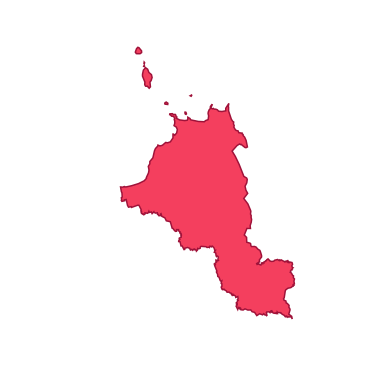 the district of Don Sak, Surat Thani, Thailand, rotated 339°
{"feature_id": "78962969B55330970869967", "entity_name": "Don Sak", "entity_type": "district", "adm_level": 2, "iso_a3": "THA", "parent_name": "Thailand", "parent_adm1": "Surat Thani", "projection": "robinson", "projection_center": [99.674, 9.232], "detail": "fine", "context": "isolated", "style": "filled", "palette": "rose", "viewbox_px": 384, "rotation_deg": 339, "n_neighbors": 0, "source": "geoboundaries", "source_scale": "gbopen_adm2", "svg_char_len": 6137}
<svg xmlns="http://www.w3.org/2000/svg" viewBox="0 0 384 384"><g transform="rotate(339 192 192)"><path d="M258.2,122.5L253.5,125.9L252.6,128.3L248.8,127.6L245.8,126.1L245.1,124.3L243.9,123.2L242.5,122.7L241.9,121.6L240.9,121.7L240.4,121.2L239.9,119.8L241.5,118.5L242.1,117.8L241.8,117.5L239.8,118.8L238.9,120.7L237.5,121.4L235.8,123.2L235.1,124.6L234.8,126.9L233.0,130.2L230.3,130.2L228.6,130.8L223.2,128.4L217.1,124.5L216.5,123.9L216.5,122.7L214.9,120.7L214.2,122.5L213.2,123.3L210.8,122.7L206.3,120.3L203.9,117.7L204.6,116.8L204.2,116.7L204.4,114.2L204.1,113.5L202.4,113.0L201.7,111.8L199.3,111.1L198.9,111.8L199.4,112.1L200.1,113.9L201.9,114.9L202.2,116.9L201.3,118.2L201.4,119.3L200.5,121.7L199.0,123.6L200.6,125.8L200.7,128.4L198.8,131.4L196.2,132.8L195.5,131.3L195.0,131.1L193.6,134.7L189.8,137.4L186.8,137.3L185.2,136.3L181.0,137.8L178.6,137.5L177.0,136.0L176.4,136.9L173.5,138.3L171.8,140.0L167.7,146.1L163.6,148.4L162.7,150.6L160.4,152.4L159.7,156.1L158.2,158.6L154.5,162.2L154.4,162.9L151.4,164.4L145.1,165.0L137.8,164.5L132.6,163.7L130.9,163.1L130.7,162.6L129.2,162.7L127.1,161.7L126.2,166.3L126.3,167.6L125.1,171.6L124.0,172.0L123.6,173.9L123.0,174.5L123.2,175.6L126.0,176.0L126.1,175.1L127.9,175.4L127.0,181.4L127.3,183.4L130.0,183.9L130.0,184.7L136.6,184.9L137.7,185.4L138.2,190.2L137.7,190.9L137.9,192.0L137.3,192.2L137.2,194.0L137.9,194.2L138.1,195.1L138.7,195.1L138.9,196.0L140.4,195.6L140.7,194.6L142.7,195.9L143.7,195.7L144.8,194.6L144.8,195.8L146.9,196.1L147.0,197.9L149.3,196.8L149.3,197.5L150.5,198.7L152.2,199.0L151.8,200.6L152.4,200.8L152.6,202.3L154.3,202.8L154.8,201.2L155.3,201.1L155.1,203.9L157.4,206.4L157.7,209.7L161.1,212.0L160.5,218.7L161.1,219.1L161.9,221.9L162.6,222.9L163.5,223.1L164.1,221.6L165.9,222.3L165.4,223.2L166.6,225.1L166.1,225.5L166.1,226.4L166.9,226.7L166.7,228.4L166.4,228.9L166.1,228.6L165.7,230.3L163.6,230.5L163.2,231.2L163.6,231.9L162.1,232.8L161.8,233.5L163.0,234.2L162.4,238.4L163.5,238.9L163.9,242.9L164.6,243.0L164.9,241.9L168.0,242.2L169.8,243.9L169.6,245.2L169.9,245.7L171.3,245.5L171.8,246.7L173.0,246.0L173.7,246.1L173.7,246.8L174.7,247.0L174.8,248.0L175.3,248.0L175.1,248.7L176.4,248.1L177.1,246.7L178.1,247.5L179.4,247.5L180.2,246.2L181.0,246.0L185.5,248.1L186.2,249.2L187.9,249.5L188.3,250.1L189.4,249.0L190.5,250.2L191.4,249.7L191.8,250.2L192.6,252.4L192.3,254.5L193.0,254.8L191.2,256.2L192.3,257.4L191.6,260.4L191.8,260.9L192.1,260.5L192.9,261.0L193.3,262.1L191.9,264.5L192.2,265.3L191.3,265.5L190.0,264.1L189.5,265.2L189.7,266.2L187.0,267.2L187.7,268.2L186.8,268.7L186.9,274.8L186.1,275.4L186.4,278.0L185.8,280.0L186.7,281.3L186.6,284.8L187.1,285.7L187.9,285.6L186.5,287.6L187.0,288.3L186.1,290.8L185.2,291.2L185.1,293.2L185.4,294.0L186.1,293.7L186.7,294.6L187.3,294.5L187.6,295.5L188.6,296.6L188.8,298.1L190.8,298.8L191.2,299.8L192.3,300.6L192.1,301.3L192.5,302.9L193.1,302.6L192.8,301.8L193.6,302.1L193.7,303.3L194.6,303.6L195.3,304.9L195.1,306.1L197.3,306.0L196.8,308.2L195.9,308.7L196.2,309.7L195.6,309.7L195.0,310.7L193.6,311.4L194.2,312.5L193.9,313.2L193.3,313.0L193.3,313.8L192.8,314.8L192.3,314.6L192.6,318.0L193.2,317.2L194.0,317.4L193.9,316.8L194.2,316.6L194.5,317.4L195.2,317.1L195.7,317.9L195.7,318.4L195.0,318.9L195.5,319.5L197.5,320.5L199.6,320.1L201.8,322.2L204.6,323.2L205.2,325.3L207.3,326.8L208.2,330.6L211.5,329.9L213.9,332.0L215.3,331.3L216.0,332.9L216.9,333.3L217.3,334.2L217.8,334.0L218.2,331.2L218.7,330.8L221.1,331.5L221.6,332.6L223.0,331.3L223.9,331.4L224.1,332.3L222.8,332.2L225.2,334.7L225.9,334.7L226.3,335.2L227.1,334.9L227.4,335.9L228.0,336.1L227.9,335.6L228.5,334.6L228.6,335.1L230.8,336.1L231.1,336.6L231.6,336.5L232.3,338.3L233.9,340.2L234.4,341.9L235.5,341.6L236.0,343.0L236.9,342.6L237.1,343.2L239.8,344.0L240.1,346.5L240.5,343.8L238.6,340.7L241.3,337.2L241.5,335.7L241.1,334.5L242.0,332.6L241.0,330.1L240.2,329.4L240.6,327.4L239.2,326.1L239.2,324.5L240.2,323.8L243.6,317.8L244.5,316.9L247.2,316.2L250.0,316.7L252.5,316.0L252.9,315.3L253.1,315.7L253.4,315.2L253.9,315.4L254.0,314.5L254.7,314.4L255.2,311.8L256.5,309.9L255.9,308.4L256.7,306.6L256.1,305.9L255.8,303.5L255.0,302.1L255.6,301.9L255.8,300.9L256.7,300.4L257.5,300.5L257.5,300.0L258.3,299.8L258.5,299.1L259.0,298.9L258.7,298.7L258.7,296.7L260.0,295.5L260.1,293.7L258.2,292.4L257.5,292.7L257.0,291.0L256.3,292.0L255.8,291.0L254.6,290.7L255.3,290.3L253.3,290.1L250.9,287.3L250.2,287.7L249.5,286.8L248.8,287.3L247.8,285.7L244.7,285.3L243.5,285.9L241.5,285.4L240.2,284.5L239.0,281.7L237.4,282.1L236.8,282.8L236.0,282.6L235.4,283.1L234.1,283.1L233.6,284.1L232.5,283.4L232.2,284.2L231.4,283.3L230.3,284.8L229.6,284.5L228.4,283.1L226.8,283.0L226.7,282.0L228.2,281.7L228.6,282.6L229.3,281.4L230.1,281.4L230.5,279.6L233.7,277.6L234.2,276.1L234.5,271.9L234.4,270.8L232.9,268.8L232.1,266.4L230.9,265.3L228.1,264.3L227.7,263.2L228.2,261.4L227.9,260.6L225.1,258.5L226.7,253.9L225.4,250.9L230.2,245.7L233.5,247.0L234.2,244.3L236.5,241.4L237.8,239.0L238.1,236.8L238.8,235.2L238.7,233.6L240.0,231.1L240.1,230.1L239.9,223.2L238.0,216.6L243.5,213.2L243.0,209.6L243.6,205.6L246.4,203.1L248.1,200.0L248.0,198.5L246.0,196.0L245.9,183.1L245.2,174.4L244.1,168.2L250.6,164.8L253.6,164.2L254.4,165.2L254.9,165.1L257.4,169.4L258.3,170.0L259.9,169.8L261.0,163.2L260.8,159.7L260.0,157.7L260.3,156.6L259.6,155.5L259.9,155.0L256.9,153.4L257.0,151.6L255.3,150.3L254.8,149.4L254.3,146.4L255.2,145.1L255.1,143.3L256.0,141.6L255.4,140.8L254.8,138.2L255.2,129.4L256.6,125.8L256.5,125.2L258.2,122.5ZM189.2,79.8L190.9,78.9L192.1,74.4L193.8,73.3L195.8,70.8L196.2,67.9L194.6,65.0L194.6,61.5L193.2,59.3L190.3,60.8L188.0,64.3L187.3,66.1L187.4,72.5L186.4,74.7L186.4,75.9L186.7,76.7L188.2,77.2L189.2,79.8ZM193.0,44.3L194.9,43.8L195.5,42.2L194.2,38.3L193.3,37.5L191.6,38.3L189.2,41.1L189.6,42.9L193.0,44.3ZM200.2,98.8L198.9,98.9L198.2,99.8L198.3,100.3L200.7,101.6L201.3,100.5L200.2,98.8ZM214.2,117.4L214.8,117.1L214.9,116.4L214.9,115.4L214.2,114.9L213.7,115.6L213.7,116.9L214.2,117.4ZM225.5,102.3L226.3,101.8L226.3,101.3L224.8,101.5L225.5,102.3ZM193.3,55.4L194.1,54.3L193.9,53.6L193.2,54.8L193.3,55.4ZM192.6,57.9L192.8,57.2L192.4,56.9L191.9,57.4L192.6,57.9Z" fill="#f43f5e" stroke="#9f1239" stroke-width="1.5"/></g></svg>